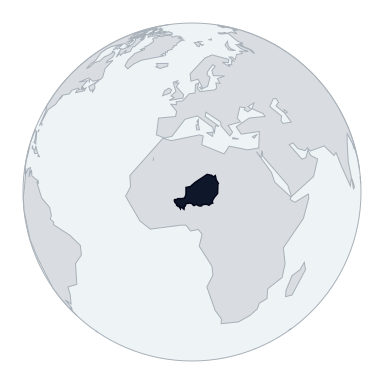 Niger highlighted on a globe, orthographic projection
{"feature_id": "NER", "entity_name": "Niger", "entity_type": "country or territory", "adm_level": 0, "iso_a3": "NER", "parent_name": "Africa", "parent_adm1": "", "projection": "orthographic", "projection_center": [6.366, 17.607], "detail": "fine", "context": "on_globe", "style": "filled", "palette": "ink", "viewbox_px": 384, "rotation_deg": 0, "n_neighbors": 0, "source": "natural_earth", "source_scale": "50m", "svg_char_len": 11224}
<svg xmlns="http://www.w3.org/2000/svg" viewBox="0 0 384 384"><circle cx="192" cy="192" r="169" fill="#eef3f6" stroke="#a8b0b8"/><path d="M168.8,24.6L155.3,27.1L151.7,28.2L133.2,35.0L136.1,34.3L130.8,37.1L132.1,37.6L128.3,39.2L132.7,38.2L135.9,36.7L138.9,35.9L140.0,36.2L135.3,38.1L134.1,38.3L133.3,39.0L130.5,39.9L132.4,39.6L126.7,42.3L133.9,40.2L130.6,42.8L126.3,44.4L124.8,43.5L111.2,46.7L106.5,49.0L101.2,52.6L95.5,60.5L91.0,63.7L86.4,68.6L89.7,66.9L94.5,62.6L99.5,61.1L104.8,56.6L107.7,55.6L113.9,51.7L115.0,53.2L112.7,57.1L107.6,60.5L106.4,62.5L113.0,60.3L105.1,68.5L102.7,77.2L100.4,79.5L93.0,81.3L88.8,77.9L79.1,82.1L87.4,80.7L81.6,87.3L81.5,89.1L83.0,89.8L86.0,87.9L84.5,90.7L75.7,92.7L77.0,90.1L79.8,89.4L77.7,88.1L71.8,90.4L69.3,94.0L62.9,95.1L61.1,97.9L58.7,100.0L62.0,95.3L55.8,104.1L48.0,109.7L39.4,126.0L45.6,111.6L46.4,108.4L46.7,106.5L45.2,109.0L47.6,104.3L54.4,94.0L62.0,84.1L70.3,74.8L79.3,66.1L89.0,58.1L99.1,50.8L109.8,44.4L121.0,38.7L132.5,33.9L144.4,29.9L156.5,26.8L168.8,24.6ZM35.0,129.6L35.3,128.8L35.1,130.0L30.3,143.0L35.0,129.6ZM30.1,143.5L29.0,149.8L26.2,160.8L25.2,168.1L25.8,168.7L26.1,173.8L28.1,168.7L30.5,167.6L28.8,177.0L31.5,169.9L31.9,175.9L37.8,180.7L36.9,182.4L41.6,197.9L49.6,207.4L51.4,215.4L50.2,219.2L53.6,222.0L53.7,224.8L69.9,235.3L80.3,245.4L81.4,255.0L75.5,263.6L76.8,284.3L68.0,287.0L70.2,294.8L71.1,304.0L65.1,299.9L71.4,307.2L72.0,309.2L69.4,307.4L72.9,311.5L71.2,310.0L75.2,313.9L77.0,315.8L68.5,307.3L60.6,298.3L53.4,288.7L52.6,287.5L37.4,257.6L34.4,250.3L30.0,239.3L24.2,211.3L23.6,202.9L23.3,197.4L24.5,187.0L25.6,173.5L25.5,170.6L24.6,174.2L25.7,162.4L27.9,151.6L28.2,150.7L30.1,143.5ZM36.8,131.3L35.7,144.0L33.9,142.2L34.7,141.3L35.5,136.8L36.1,131.5L35.3,130.8L36.8,131.3ZM41.7,124.6L41.7,123.1L42.0,123.9L41.7,124.6ZM112.9,51.2L113.3,51.4L111.9,52.0L112.9,51.2ZM115.1,49.3L113.1,49.8L113.9,49.1L115.1,48.8L115.1,49.3ZM117.3,49.0L115.5,47.7L116.9,46.4L122.6,44.4L117.3,49.0ZM136.5,36.2L133.1,37.7L134.9,36.2L136.5,36.2ZM136.9,35.4L138.3,32.9L143.8,31.0L142.2,32.0L148.6,29.8L150.7,30.1L147.6,31.4L143.6,32.5L147.4,31.8L136.9,35.4ZM140.2,35.5L140.0,35.0L144.8,33.3L146.1,34.0L144.1,34.3L140.2,35.5ZM149.3,29.2L153.1,28.2L155.8,28.2L157.6,27.8L151.2,29.9L149.3,29.2ZM143.6,34.8L146.6,34.5L145.4,35.6L140.8,35.9L143.6,34.8ZM145.5,32.6L147.8,31.9L146.9,32.5L145.5,32.6ZM142.5,40.1L142.2,39.2L144.6,38.1L142.5,40.1ZM147.9,34.3L148.3,33.9L149.2,33.5L150.9,33.5L147.9,34.3ZM153.5,29.9L153.9,30.1L156.3,29.0L158.4,29.1L153.7,30.6L156.6,30.0L157.3,30.1L152.7,31.3L153.5,29.9ZM155.4,32.4L150.2,34.8L150.3,36.5L148.1,37.4L148.3,34.5L155.4,32.4ZM154.2,31.6L154.5,32.2L151.6,32.9L149.7,32.8L154.2,31.6ZM161.5,28.8L159.5,28.2L160.6,27.9L161.5,28.8ZM156.0,32.7L157.3,32.2L156.4,32.8L156.0,32.7ZM160.5,29.8L159.6,29.5L160.9,29.2L160.5,29.8ZM160.5,31.4L158.8,32.1L157.4,32.0L160.5,31.4ZM160.9,30.6L162.9,30.2L158.0,31.6L160.3,30.5L160.9,30.6ZM161.8,29.5L162.3,29.3L162.0,29.7L161.8,29.5ZM166.6,31.6L160.8,33.4L157.8,33.0L163.9,31.3L166.6,31.6ZM95.7,330.8L95.9,330.9L97.5,332.0L95.7,330.8ZM356.1,151.9L356.0,151.4L358.6,163.6L358.6,163.8L359.4,168.9L359.3,168.4L357.5,158.0L353.6,144.4L354.3,149.4L352.4,143.4L347.2,133.7L347.1,140.7L348.2,161.5L351.4,177.3L350.4,186.0L341.7,166.7L336.0,152.5L334.0,155.5L324.2,145.9L310.3,151.0L307.4,147.7L305.0,150.6L297.9,148.6L293.0,143.0L289.2,144.6L301.9,159.2L306.0,157.6L307.9,149.8L310.8,155.5L317.6,159.0L313.6,176.4L291.5,196.5L287.7,185.0L262.6,156.0L262.5,152.2L262.3,151.8L261.9,151.1L261.2,157.4L256.4,151.7L271.5,172.5L274.7,182.1L291.2,197.3L290.1,199.5L294.9,202.3L308.3,194.0L308.8,198.0L303.4,218.4L283.3,247.9L285.1,263.7L282.1,277.5L267.7,288.8L267.0,298.6L259.2,303.2L257.4,308.8L250.1,315.3L238.6,321.9L221.1,323.7L221.5,319.1L215.1,310.3L206.9,287.0L212.9,275.2L212.0,266.2L199.2,246.2L202.1,234.3L198.3,229.5L190.6,231.0L186.0,225.2L181.2,225.1L150.3,229.1L140.0,221.0L125.6,196.2L130.5,186.8L129.9,175.5L162.8,138.4L171.5,140.6L199.4,134.9L203.2,136.0L201.7,144.8L224.1,153.9L229.2,146.1L247.6,149.9L258.7,148.0L259.4,131.5L241.2,134.1L236.2,126.8L249.3,118.0L264.9,116.5L263.4,113.7L252.0,108.7L254.0,102.9L247.9,106.6L251.6,109.1L247.8,111.8L244.2,109.7L245.1,107.6L239.9,107.0L237.2,118.1L240.6,121.9L228.1,125.4L232.6,132.2L229.8,135.9L221.1,125.9L220.7,122.0L205.9,112.1L205.2,116.4L219.1,126.3L215.4,125.8L214.5,132.6L212.3,127.0L197.3,115.9L185.0,119.3L171.9,136.4L164.2,138.0L156.4,134.8L158.5,118.1L175.6,116.5L176.6,111.3L170.8,104.2L176.5,104.6L176.2,101.7L182.5,101.0L189.1,93.9L195.1,92.9L195.5,84.5L198.6,83.0L197.5,88.2L199.9,91.6L214.6,89.9L216.8,88.0L215.9,82.9L220.0,83.4L217.3,78.7L224.6,76.0L213.3,75.7L211.9,70.5L215.2,66.2L212.7,64.7L207.4,71.8L207.1,74.8L210.1,77.3L207.6,86.4L203.0,88.4L198.0,79.2L190.9,81.2L190.1,73.9L204.9,58.0L212.2,54.9L228.9,59.4L228.4,62.5L222.2,62.3L230.0,66.8L228.4,64.3L231.8,65.0L231.4,60.9L233.8,61.2L229.2,57.0L232.1,57.0L235.0,59.6L236.8,54.3L242.3,53.6L241.6,52.3L239.2,51.1L247.7,51.5L246.8,50.6L243.6,50.0L239.7,47.9L236.1,44.6L239.3,44.9L241.0,46.1L249.4,49.5L253.5,53.2L254.4,53.1L251.6,50.0L241.4,45.7L238.3,43.7L243.3,45.2L241.2,44.5L240.7,43.6L243.1,43.2L237.8,41.4L227.7,33.1L231.3,32.0L236.9,33.9L233.1,30.2L237.6,30.3L234.7,29.6L230.9,28.1L229.5,28.0L227.8,27.6L217.5,25.0L229.7,27.3L241.7,30.5L253.5,34.6L264.9,39.6L276.0,45.4L286.5,52.0L296.6,59.3L306.1,67.4L315.0,76.1L323.2,85.5L330.7,95.4L337.4,105.9L343.3,116.9L348.5,128.2L352.7,139.9L356.1,151.9ZM153.6,157.5L153.2,160.9L153.2,161.0L153.6,157.5ZM283.0,123.5L291.3,122.1L284.7,113.2L287.4,112.1L284.2,109.7L284.2,112.6L276.0,105.9L278.5,102.3L276.1,98.5L273.2,98.8L269.8,106.6L281.6,116.0L280.9,120.4L283.0,123.5ZM38.0,180.7L38.5,183.1L37.4,182.4L38.0,180.7ZM32.4,145.6L32.8,146.9L32.6,148.8L32.1,148.5L32.4,145.6ZM38.4,154.6L39.4,156.7L37.8,156.1L38.4,154.6ZM35.8,145.9L37.6,153.4L34.6,153.6L33.7,149.1L35.0,149.9L35.8,145.9ZM39.0,129.3L38.9,130.6L38.1,132.0L39.0,129.3ZM41.9,125.2L41.7,125.1L42.3,123.4L41.9,125.2ZM82.1,87.2L82.8,87.1L83.8,88.3L82.2,88.8L82.1,87.2ZM94.9,88.2L92.1,92.7L93.0,89.7L90.3,91.0L88.7,86.6L99.2,80.5L94.7,83.9L94.9,88.2ZM89.5,79.7L89.3,82.7L89.1,79.6L89.5,79.7ZM168.7,88.2L171.6,89.8L170.2,93.1L162.6,95.7L164.5,90.9L168.7,88.2ZM175.9,91.4L173.1,82.3L177.7,80.7L175.6,83.1L178.9,82.9L176.4,86.7L183.6,94.7L182.9,98.2L169.2,100.4L174.1,97.5L171.0,95.9L175.9,91.4ZM157.6,66.2L156.4,63.5L168.0,63.4L167.7,66.1L160.1,68.5L155.9,66.9L157.6,66.2ZM127.9,46.1L126.7,46.0L128.0,45.3L130.1,44.9L127.9,46.1ZM142.2,39.7L134.5,46.7L132.7,46.7L130.3,51.4L124.8,53.3L126.5,50.1L120.4,55.4L119.8,53.4L116.2,57.1L120.6,49.8L119.7,48.5L122.8,49.1L128.0,47.2L129.9,46.0L134.9,41.9L135.6,38.8L140.8,36.8L144.3,36.4L144.9,36.8L141.3,37.8L144.7,37.7L140.0,39.6L142.2,39.7ZM182.2,38.0L177.8,37.9L183.9,40.1L179.2,41.1L180.2,41.3L177.5,43.0L176.0,45.5L173.6,45.8L174.1,46.7L172.3,48.0L172.1,49.4L167.8,50.5L167.2,52.4L165.5,51.8L165.6,55.0L163.6,53.2L161.1,55.0L164.4,55.8L141.4,60.2L133.3,64.2L127.7,68.9L124.9,65.7L128.4,59.7L135.1,53.4L143.2,50.2L140.5,49.7L143.6,48.1L144.5,49.2L145.0,46.6L147.7,45.7L153.7,41.5L152.7,38.9L154.9,37.5L156.7,38.1L157.6,36.3L162.4,36.6L164.1,35.7L170.5,35.3L173.0,37.3L174.7,36.2L179.6,36.2L182.2,38.0ZM168.4,31.6L172.4,33.2L171.9,34.7L160.9,34.9L158.7,35.6L151.7,36.3L152.7,34.2L154.6,34.2L156.7,33.7L155.6,34.5L158.0,33.5L160.8,33.5L163.4,32.8L164.0,33.4L168.4,31.6ZM206.4,132.5L209.1,132.7L213.1,132.0L212.6,136.5L206.4,132.5ZM196.0,125.0L198.3,124.3L199.5,129.8L196.7,129.9L196.0,125.0ZM198.5,119.5L198.3,123.8L196.8,121.5L198.5,119.5ZM199.5,87.5L201.9,86.7L202.5,87.8L201.7,89.7L199.5,87.5ZM199.2,46.7L196.8,45.9L197.2,45.4L194.2,42.7L197.4,42.1L200.5,43.4L199.2,46.7ZM256.9,134.7L254.3,138.2L252.4,137.0L253.6,136.0L256.9,134.7ZM232.9,137.6L238.9,139.0L232.7,138.9L232.9,137.6ZM202.2,45.5L200.6,44.4L203.2,44.8L202.2,45.5ZM199.6,41.5L202.5,41.6L197.4,41.7L199.6,41.5ZM291.1,328.4L290.1,329.4L288.7,330.3L291.1,328.4ZM305.5,269.7L292.0,295.0L285.6,296.7L286.0,290.4L292.1,275.6L300.0,269.7L304.3,262.3L305.5,269.7ZM360.7,183.3L360.2,177.6L360.2,176.3L360.3,176.9L360.7,183.3ZM351.9,178.6L354.4,186.7L353.5,189.3L351.9,178.6ZM227.4,41.3L228.1,45.4L230.6,48.7L235.5,50.6L228.9,50.0L225.0,45.0L227.4,41.3ZM227.3,33.9L223.1,32.8L224.7,32.5L225.8,32.7L227.3,33.9ZM224.9,33.8L220.2,34.0L217.7,32.9L221.9,32.9L224.9,33.8ZM211.4,38.9L211.3,40.1L209.2,39.7L211.4,38.9ZM227.1,27.6L224.8,27.1L225.1,27.0L227.1,27.6ZM218.7,25.9L219.9,26.3L217.3,25.7L218.7,25.9ZM222.9,27.6L219.8,26.5L224.6,27.8L222.9,27.6Z" fill="#d9dde1" stroke="#a8b0b8" stroke-width="1"/><path d="M212.7,203.1L212.2,203.1L211.9,203.2L211.5,203.5L211.1,203.7L210.6,203.9L210.3,204.1L210.0,204.3L209.6,204.7L209.5,205.0L209.1,205.1L208.5,205.1L208.1,204.8L207.3,204.5L206.7,204.4L205.2,204.3L203.8,204.5L203.1,204.6L202.6,204.9L202.2,205.1L201.3,206.0L200.1,206.0L199.4,205.9L198.9,205.8L198.0,205.4L197.0,204.7L196.6,204.6L196.2,204.6L194.8,205.2L194.6,205.2L194.3,205.3L194.1,205.5L193.8,205.6L193.6,205.5L193.4,205.4L192.7,204.5L192.6,204.4L192.4,204.1L192.1,203.8L191.8,203.6L191.7,203.6L190.5,203.3L189.5,203.0L189.3,203.0L189.1,203.1L188.8,203.3L188.4,203.4L187.9,203.4L187.6,203.3L187.1,203.4L186.8,203.5L186.4,203.6L185.9,204.1L185.6,204.2L185.5,205.4L185.3,205.7L185.0,206.2L184.5,206.6L184.2,206.9L184.2,207.3L184.1,207.9L184.1,208.3L184.1,208.5L184.1,208.8L184.1,209.0L184.0,209.3L183.8,209.1L183.6,208.9L183.3,208.8L183.2,208.7L182.7,208.1L182.0,207.3L181.9,207.3L181.7,207.3L181.4,207.5L181.2,207.5L180.8,207.6L180.5,207.7L180.5,207.8L180.6,208.4L180.5,208.7L180.4,208.5L180.0,208.0L179.7,207.6L179.6,207.3L179.8,207.2L180.0,207.2L180.1,206.8L179.9,206.5L179.8,206.3L179.7,206.3L179.3,206.3L179.0,206.5L178.8,206.5L178.5,206.5L178.2,206.5L178.0,206.3L177.5,205.9L176.9,205.4L176.6,205.3L176.6,205.2L176.5,204.9L176.6,204.4L176.8,204.4L177.1,204.4L177.0,204.2L176.7,204.0L176.6,203.7L176.4,203.5L176.2,203.5L176.0,203.4L175.9,203.3L175.7,203.3L175.3,202.8L175.0,202.4L174.9,202.1L174.8,201.9L174.9,201.6L174.6,201.2L174.3,200.9L174.4,200.4L174.5,200.0L174.5,199.8L174.5,199.7L175.1,199.5L175.9,199.6L176.6,199.5L177.1,199.1L177.6,198.7L178.4,198.7L179.2,198.6L179.8,198.6L180.8,198.6L181.6,198.6L182.4,198.6L182.5,198.4L183.3,198.5L183.9,198.6L183.9,198.2L184.5,197.7L184.8,197.7L184.9,197.4L185.0,197.2L185.1,196.9L185.2,196.6L185.3,196.1L185.6,195.6L185.8,195.0L185.9,194.4L185.9,193.9L186.0,193.8L186.0,192.9L186.0,192.0L186.0,191.3L186.0,190.4L186.0,189.6L186.0,188.7L186.0,188.0L186.0,187.4L186.7,187.3L187.3,187.2L188.2,187.0L189.2,186.8L190.3,186.6L190.5,186.5L191.3,185.7L191.7,185.4L192.4,184.7L193.0,184.2L193.7,183.6L194.5,182.9L195.1,182.4L196.0,181.8L197.4,180.9L198.8,179.9L200.2,179.0L201.6,178.1L203.0,177.2L204.4,176.2L205.8,175.3L207.1,174.4L208.5,174.7L209.9,175.0L211.2,175.2L211.6,175.4L212.3,176.0L213.3,176.8L214.2,176.3L215.3,175.6L215.7,177.3L216.0,178.7L216.1,179.7L216.1,179.9L216.2,180.1L216.4,180.2L217.3,181.5L217.2,181.8L217.3,182.2L217.6,182.3L218.3,183.1L218.4,183.3L217.9,184.4L217.9,184.6L217.8,185.8L217.8,186.6L217.8,187.8L217.7,189.2L217.7,190.4L217.6,192.0L217.6,193.4L216.9,194.3L215.7,195.8L214.6,197.0L214.1,197.8L213.1,199.4L212.7,200.4L212.4,200.9L212.2,201.1L212.4,201.9L212.7,203.1Z" fill="#0f172a" stroke="#020617" stroke-width="1.5"/></svg>